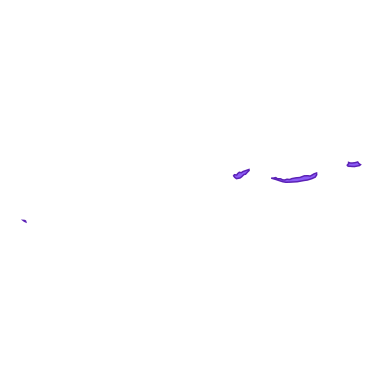 SVG path tracing the border of Islas de la Bahía, rotated 195°
{"feature_id": "HND-641", "entity_name": "Islas de la Bahía", "entity_type": "Department", "adm_level": 1, "iso_a3": "HND", "parent_name": "Honduras", "parent_adm1": "", "projection": "albers", "projection_center": [-86.1, 16.743], "detail": "fine", "context": "isolated", "style": "filled", "palette": "violet", "viewbox_px": 384, "rotation_deg": 195, "n_neighbors": 0, "source": "natural_earth", "source_scale": "10m", "svg_char_len": 1041}
<svg xmlns="http://www.w3.org/2000/svg" viewBox="0 0 384 384"><g transform="rotate(195 192 192)"><path d="M76.0,240.9L76.8,238.3L79.7,235.9L83.7,233.4L86.8,232.1L92.9,229.2L99.5,227.0L103.8,225.7L106.9,225.4L110.9,225.6L114.1,225.8L119.1,225.9L117.0,226.5L114.8,227.6L112.9,226.9L109.8,227.7L107.7,227.2L105.9,227.5L105.2,227.8L103.8,228.8L103.2,229.0L102.3,229.1L100.8,229.4L99.0,230.8L95.2,232.6L91.6,233.9L87.7,236.7L84.3,237.7L81.9,238.0L80.4,239.5L78.7,241.2L76.6,242.6L76.0,240.9ZM146.4,222.3L148.0,219.5L149.2,218.0L152.5,216.4L154.5,217.2L156.0,218.4L155.5,219.7L153.2,220.0L152.7,221.5L151.4,223.3L149.4,223.4L148.0,225.0L142.8,228.5L142.4,227.5L143.5,225.7L144.9,223.0L146.4,222.3ZM48.4,257.5L49.0,258.1L48.1,259.9L48.4,261.1L46.5,261.0L44.9,261.4L42.1,262.5L39.7,263.9L38.2,262.6L36.3,262.0L37.2,260.8L41.7,258.6L44.4,258.0L45.8,257.8L47.2,257.4L48.4,257.5ZM344.8,120.1L345.5,120.2L346.3,120.4L347.0,120.6L347.7,120.9L346.7,121.1L345.9,121.1L345.2,120.8L344.8,120.1Z" fill="#8b5cf6" stroke="#5b21b6" stroke-width="1.5"/></g></svg>